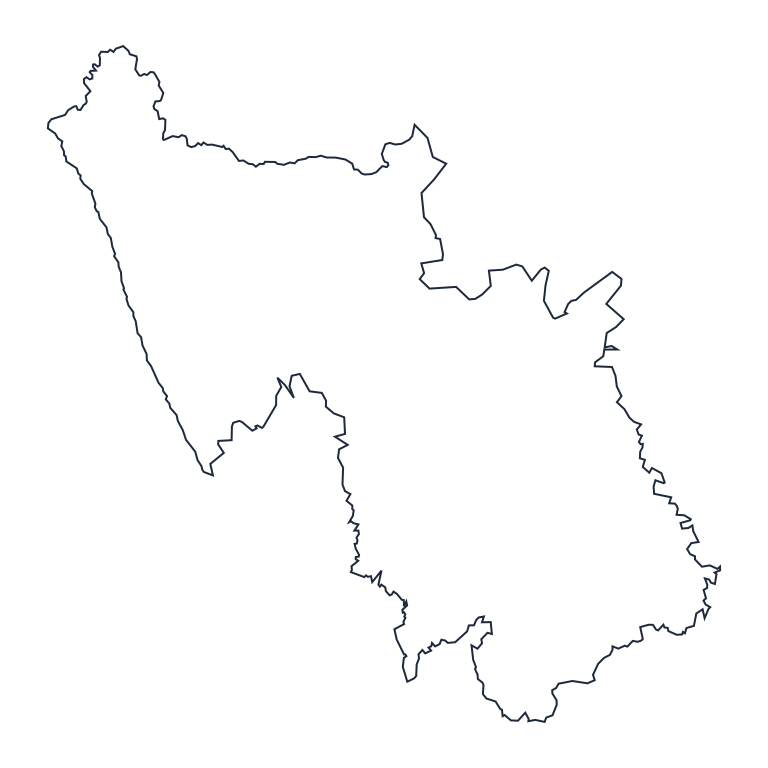 Namakwa, Northern Cape, South Africa
{"feature_id": "47623444B2552562251298", "entity_name": "Namakwa", "entity_type": "district", "adm_level": 2, "iso_a3": "ZAF", "parent_name": "South Africa", "parent_adm1": "Northern Cape", "projection": "albers", "projection_center": [17.588, -30.489], "detail": "fine", "context": "isolated", "style": "outline", "palette": "slate", "viewbox_px": 768, "rotation_deg": 0, "n_neighbors": 0, "source": "geoboundaries", "source_scale": "gbopen_adm2", "svg_char_len": 6038}
<svg xmlns="http://www.w3.org/2000/svg" viewBox="0 0 768 768"><path d="M511.0,720.4L518.0,720.7L525.3,712.7L528.7,719.0L528.4,721.2L535.3,719.9L544.6,721.9L546.2,717.6L552.5,715.3L556.7,704.8L556.6,700.3L552.4,693.5L552.2,690.2L556.1,688.0L558.6,683.7L572.4,681.0L587.4,683.3L594.7,680.2L593.0,674.8L598.1,663.9L604.0,657.9L609.9,654.9L612.5,649.9L612.5,646.4L618.3,648.6L624.8,645.7L627.3,646.6L632.8,640.9L637.8,641.8L641.4,640.5L642.8,638.9L640.2,627.1L648.5,624.8L652.9,624.8L656.1,629.6L658.1,630.4L663.4,624.7L664.5,627.5L667.6,627.8L668.4,631.1L676.8,634.8L682.2,634.4L683.0,631.9L684.9,633.3L686.5,628.0L693.9,625.9L696.3,613.5L702.6,609.3L704.6,618.2L708.5,608.9L710.2,607.2L705.6,604.5L703.5,600.6L706.0,598.4L703.6,589.9L707.1,588.0L707.3,584.7L704.9,578.4L709.2,579.6L710.9,582.6L714.9,584.0L716.5,574.2L714.6,572.6L720.1,570.4L720.0,566.6L717.5,568.9L709.8,565.4L702.0,566.7L695.0,559.5L695.0,556.3L690.2,554.2L687.1,549.1L691.3,543.1L698.6,542.0L693.2,531.1L692.4,525.4L688.4,528.0L682.1,528.6L680.5,523.0L690.2,520.3L690.8,519.2L684.3,515.3L676.6,514.8L677.8,508.8L676.9,506.0L674.9,503.6L669.2,503.3L671.2,497.3L654.1,493.8L653.6,486.6L655.4,480.3L663.7,483.2L664.7,482.5L661.4,473.2L651.9,468.0L649.3,472.7L642.8,467.0L644.9,459.8L639.9,458.3L640.2,451.6L642.5,447.5L642.8,443.9L640.6,444.2L638.9,442.0L641.9,435.7L638.6,434.5L636.8,429.5L641.1,424.4L633.9,421.8L629.4,417.6L624.4,409.1L616.9,402.2L621.5,396.1L616.8,386.5L615.5,375.9L612.0,367.0L594.7,366.3L595.1,362.3L603.3,356.2L604.3,349.6L617.3,349.5L611.6,346.0L604.7,347.4L606.7,333.0L616.1,327.0L623.7,319.2L606.3,303.9L620.9,285.7L621.5,279.0L612.2,271.9L583.8,292.7L576.1,299.9L571.3,300.9L568.1,304.1L564.6,312.1L566.9,313.5L555.2,318.6L553.1,317.7L543.9,300.8L545.5,285.6L548.8,270.8L544.7,267.6L540.9,269.5L531.8,280.7L522.3,266.4L516.3,264.6L502.8,269.7L488.9,270.6L490.8,285.9L482.2,294.5L475.2,298.9L469.2,299.4L456.1,286.9L429.5,288.6L419.7,279.1L424.1,273.2L421.3,263.4L442.3,260.0L443.0,254.3L440.1,239.0L435.6,238.1L436.0,235.1L430.5,224.1L424.0,217.3L421.5,193.0L434.2,179.3L446.2,163.7L432.8,157.0L427.5,137.9L414.6,124.8L412.2,136.2L409.2,139.7L401.6,143.8L395.3,144.5L389.6,142.9L385.4,144.3L381.8,153.9L383.7,160.0L385.0,161.9L387.7,162.7L388.4,165.1L386.8,167.1L382.3,166.1L376.4,172.1L371.4,174.1L364.6,174.5L361.5,173.4L357.9,169.7L354.0,169.4L352.2,163.6L345.4,159.5L335.8,157.6L326.7,157.5L320.8,155.7L315.8,157.1L308.6,156.9L305.8,158.7L297.8,160.2L294.7,163.3L289.8,162.5L284.0,164.8L277.3,163.8L275.3,162.0L264.9,161.8L263.7,164.0L259.6,163.8L255.9,166.7L252.8,164.2L248.7,163.8L243.4,160.5L238.9,160.9L232.7,152.1L229.0,148.7L225.7,149.0L223.6,145.8L222.4,147.0L212.0,144.6L207.3,144.9L203.5,142.5L201.3,145.2L198.1,143.1L195.1,146.1L191.2,147.1L187.5,145.3L186.8,138.8L185.5,136.3L181.8,135.1L178.6,137.2L172.6,136.1L163.9,140.0L162.9,139.0L163.3,133.1L165.0,130.2L165.4,119.9L163.1,118.3L159.2,119.1L157.6,111.1L154.5,109.2L153.5,106.4L155.4,101.4L159.7,101.1L161.1,99.9L163.3,93.0L158.7,85.5L159.4,81.9L155.2,74.5L153.6,72.3L150.5,72.0L146.9,75.0L144.1,74.0L141.2,75.7L139.2,75.4L135.3,69.3L137.0,59.2L136.4,56.3L129.9,54.3L128.4,50.8L123.2,46.1L115.8,48.7L113.5,51.9L110.1,49.7L107.8,52.0L101.2,51.7L99.0,55.0L100.0,58.0L99.8,65.3L97.8,66.6L94.7,64.3L93.0,64.5L92.9,66.8L96.0,70.6L90.6,70.9L89.7,72.1L92.4,75.2L92.3,78.5L89.6,79.4L86.5,77.2L83.9,79.1L84.0,83.0L90.4,91.2L85.7,96.0L86.7,101.9L85.8,103.6L83.5,105.1L80.5,110.0L77.7,109.7L76.3,106.2L74.2,106.4L68.1,110.2L65.1,114.9L51.3,119.3L48.4,123.0L47.9,128.4L55.2,133.5L58.0,138.4L62.3,141.4L61.3,146.0L63.9,151.2L64.1,155.3L65.7,156.5L66.3,161.4L76.7,168.3L78.4,173.7L80.6,175.4L80.3,178.8L83.9,184.2L92.2,191.1L91.8,193.4L95.4,203.7L94.8,207.2L96.7,211.2L98.3,212.0L99.8,218.8L106.5,227.4L107.8,234.0L110.8,238.0L112.4,246.9L115.1,253.9L114.1,256.2L118.4,262.4L118.7,266.9L121.0,272.3L121.5,281.3L124.0,288.1L123.4,289.4L127.0,296.8L126.5,299.0L128.5,305.5L133.4,312.3L133.4,316.2L135.7,321.2L137.6,333.3L141.1,337.2L142.5,345.4L146.6,354.0L146.9,360.4L151.1,366.2L158.5,382.7L162.7,388.0L163.3,391.4L167.0,396.1L165.8,399.4L169.3,403.5L170.3,407.9L176.6,415.1L177.8,420.8L182.8,430.2L186.0,439.8L195.2,451.6L197.6,460.2L201.5,466.2L202.3,469.8L203.9,472.0L212.9,475.4L210.3,463.9L223.8,452.9L218.1,444.3L218.4,440.9L231.6,440.2L231.9,426.6L233.2,422.8L239.3,420.9L242.0,422.0L252.3,430.7L256.6,428.4L255.4,426.3L257.5,425.5L262.0,427.9L263.4,426.7L276.1,405.1L276.2,395.8L281.3,387.0L277.4,377.7L284.8,384.9L293.9,397.9L289.5,386.3L291.7,375.8L299.8,373.9L309.6,391.3L321.8,392.9L326.1,400.7L325.8,406.6L333.8,413.4L344.2,417.3L345.0,433.9L335.0,436.7L347.7,444.9L339.1,449.3L338.0,457.9L343.1,467.6L342.5,484.6L345.0,491.1L350.4,494.1L346.5,500.8L352.3,505.5L352.3,509.1L353.7,510.4L352.9,515.8L349.2,522.2L351.2,521.3L353.4,523.2L358.4,524.4L354.4,530.6L358.4,530.6L358.9,534.1L356.5,537.6L357.5,540.3L356.8,543.5L354.6,543.9L355.8,548.9L359.1,554.9L358.7,556.6L355.8,557.0L355.7,559.1L358.2,560.8L351.5,566.2L351.9,569.7L350.9,572.1L364.3,577.1L366.0,575.4L367.8,576.8L371.0,576.2L372.2,582.1L381.5,570.6L378.4,584.6L379.9,586.6L381.3,584.6L385.2,587.3L385.9,591.1L389.6,595.3L391.7,594.6L393.5,591.6L396.9,593.9L401.7,599.7L403.8,600.1L404.0,606.3L406.3,601.5L407.1,605.5L402.4,609.7L402.8,612.6L403.7,612.1L405.3,614.3L404.3,616.8L405.4,617.8L403.4,621.9L404.1,624.1L394.4,629.2L396.7,639.5L404.0,654.4L405.3,654.4L406.4,656.1L403.9,657.9L402.8,666.9L407.3,681.7L414.1,678.4L416.2,675.9L416.7,664.4L419.0,658.5L418.5,654.2L422.4,650.0L425.2,653.4L431.1,650.6L428.5,647.6L431.3,646.2L432.0,642.9L435.1,646.4L439.6,644.1L441.4,639.7L445.1,640.5L447.8,642.9L455.2,642.2L467.1,631.4L468.9,625.4L474.0,625.3L476.2,620.0L478.6,617.5L483.9,616.5L482.0,622.3L490.7,622.1L491.9,634.0L487.5,632.8L481.3,639.2L482.0,643.3L477.5,648.7L471.5,645.3L473.2,659.8L476.0,667.2L475.0,669.0L477.5,674.6L477.9,679.1L482.4,682.5L483.5,685.0L482.9,694.1L486.4,698.5L495.6,701.5L500.2,708.9L502.0,709.8L502.6,716.2L504.5,715.0L511.0,720.4Z" fill="none" stroke="#1e293b" stroke-width="2"/></svg>